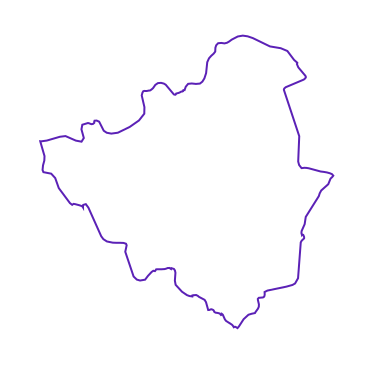 the Province of Kainuu, rotated 258°
{"feature_id": "FIN-3179", "entity_name": "Kainuu", "entity_type": "Province", "adm_level": 1, "iso_a3": "FIN", "parent_name": "Finland", "parent_adm1": "", "projection": "albers", "projection_center": [28.501, 64.601], "detail": "fine", "context": "isolated", "style": "outline", "palette": "violet", "viewbox_px": 384, "rotation_deg": 258, "n_neighbors": 0, "source": "natural_earth", "source_scale": "10m", "svg_char_len": 3116}
<svg xmlns="http://www.w3.org/2000/svg" viewBox="0 0 384 384"><g transform="rotate(258 192 192)"><path d="M273.2,54.1L272.9,55.0L272.5,60.7L273.5,74.3L273.0,79.9L266.4,89.1L264.2,94.4L267.3,97.4L276.3,96.9L280.6,98.7L281.1,104.6L280.5,105.8L279.8,106.8L279.2,107.9L279.2,109.4L280.0,110.8L281.2,111.0L282.0,111.5L281.7,113.6L280.1,115.8L270.3,118.4L267.7,120.9L265.9,125.2L265.4,131.8L268.6,144.6L273.0,155.0L278.5,161.6L284.9,163.1L296.9,162.9L299.5,164.2L300.7,165.3L300.8,166.3L300.5,167.4L300.2,168.9L300.2,170.9L300.0,171.8L300.2,172.6L301.0,174.3L301.7,175.5L304.4,178.4L305.6,181.3L305.2,184.4L303.9,187.0L302.4,188.6L291.3,194.5L290.9,195.1L290.6,196.0L290.9,196.5L291.3,196.7L291.6,197.0L291.7,199.6L292.0,201.0L292.5,202.5L292.4,202.9L292.3,203.3L292.4,203.8L292.5,204.2L293.3,204.5L293.4,204.9L293.2,205.9L296.3,207.8L298.6,210.7L298.2,214.3L296.9,218.3L296.4,222.3L297.8,225.1L300.5,227.7L305.3,230.5L315.8,233.9L319.2,236.4L321.2,239.1L322.8,241.9L324.5,243.9L328.3,244.9L330.5,246.2L332.1,248.5L331.7,251.7L330.6,254.7L330.7,257.3L331.5,259.7L332.8,262.6L334.6,269.1L334.4,274.2L332.7,278.8L329.9,283.5L318.2,298.5L314.2,308.7L310.1,314.6L300.0,319.3L296.5,321.9L296.4,321.9L295.4,321.2L291.8,321.9L282.0,327.1L280.9,327.3L280.3,327.1L279.2,325.7L278.7,324.6L275.0,305.4L274.0,303.7L272.9,303.1L224.3,308.5L199.7,302.2L196.1,302.4L192.6,304.1L192.5,304.7L192.3,306.9L191.9,308.6L190.9,311.2L185.3,322.1L184.3,325.0L183.1,328.0L181.7,330.7L180.4,332.6L178.6,333.6L177.5,332.3L176.3,330.3L171.3,326.9L166.6,318.7L164.1,316.6L161.6,315.2L144.0,298.1L137.1,295.5L131.0,291.1L129.1,290.5L127.2,290.6L127.3,290.7L127.5,291.1L126.9,291.9L125.0,292.3L123.9,292.2L123.3,292.0L121.6,289.2L120.1,287.9L85.6,277.8L81.1,273.8L80.2,271.0L79.8,264.6L79.9,245.3L79.1,242.2L76.6,241.8L75.2,241.2L74.6,240.8L74.1,239.5L74.6,235.4L73.8,234.2L72.8,234.0L68.2,234.1L65.9,233.5L64.2,232.3L61.3,229.1L60.5,228.4L60.5,225.0L60.2,221.7L56.9,216.1L50.7,209.9L49.4,208.2L50.7,206.9L51.2,206.2L51.4,205.0L51.1,205.1L51.0,204.8L53.1,204.0L54.1,203.3L58.7,198.6L60.5,197.7L65.6,196.6L66.5,195.9L66.3,195.8L65.8,195.5L65.6,194.8L66.5,194.3L67.3,194.0L68.3,192.1L69.1,189.9L70.1,188.9L71.6,188.6L72.2,188.2L73.2,186.8L73.3,185.8L73.0,184.6L73.2,183.3L81.3,182.8L83.9,181.9L88.0,177.0L89.2,176.1L90.4,174.6L90.5,173.5L90.8,171.6L90.7,170.8L89.9,170.8L89.7,170.7L90.8,167.8L92.2,165.6L96.5,161.5L104.6,156.7L108.8,156.8L116.4,159.0L118.8,159.0L120.5,158.3L121.8,156.0L121.0,155.5L122.4,154.1L122.7,152.5L122.4,150.8L122.3,149.2L122.8,145.9L123.3,143.6L123.6,142.3L123.8,140.9L122.7,139.8L122.5,139.6L122.3,139.3L123.0,137.8L122.2,135.9L119.2,131.6L116.0,127.9L116.2,122.8L117.8,119.8L121.5,117.3L147.4,114.3L153.5,117.0L155.1,116.7L156.4,114.5L157.2,111.3L158.0,107.6L158.9,104.0L161.3,98.5L164.3,95.5L167.6,94.0L198.3,87.4L202.2,85.6L202.0,83.0L201.7,82.6L199.6,82.2L200.2,82.0L201.1,81.3L202.5,79.0L204.5,75.0L205.0,73.7L204.8,73.3L204.6,72.4L204.4,72.1L206.5,70.3L223.5,62.5L234.1,61.1L239.2,58.1L242.3,50.8L244.6,50.4L249.0,51.8L253.5,54.1L257.8,55.2L273.1,54.1L273.2,54.1Z" fill="none" stroke="#5b21b6" stroke-width="2"/></g></svg>